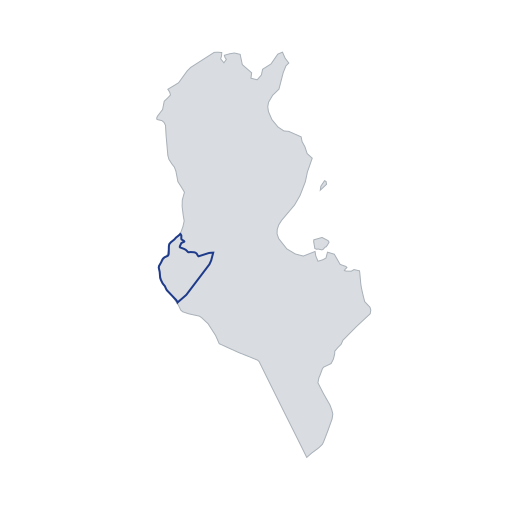 where Tozeur sits in Tunisia, rotated 346°
{"feature_id": "TUN-101", "entity_name": "Tozeur", "entity_type": "Governorate", "adm_level": 1, "iso_a3": "TUN", "parent_name": "Tunisia", "parent_adm1": "", "projection": "mercator", "projection_center": [7.997, 33.974], "detail": "fine", "context": "in_parent", "style": "outline", "palette": "blue", "viewbox_px": 512, "rotation_deg": 346, "n_neighbors": 0, "source": "natural_earth", "source_scale": "10m", "svg_char_len": 3360}
<svg xmlns="http://www.w3.org/2000/svg" viewBox="0 0 512 512"><g transform="rotate(346 256 256)"><path d="M352.8,295.4L352.7,296.9L351.0,307.9L350.6,311.8L350.4,318.5L350.4,326.5L354.2,333.3L354.3,336.3L352.8,339.7L345.7,343.6L336.5,348.7L328.6,353.5L319.9,358.8L317.3,362.2L313.0,364.8L309.4,367.4L308.7,369.9L306.2,374.7L302.9,378.5L294.7,380.2L293.2,381.4L289.4,387.0L287.6,389.3L285.4,394.0L288.2,406.0L291.7,418.4L292.3,423.6L292.3,427.9L290.4,432.5L286.0,439.1L282.8,443.9L276.6,452.7L274.8,454.8L270.5,457.3L262.3,460.7L256.5,463.7L253.6,450.4L251.1,439.1L249.0,429.7L245.3,413.2L242.2,399.1L239.1,385.0L236.3,372.2L233.5,359.2L232.3,357.4L223.8,351.2L216.0,345.6L207.9,339.2L199.1,332.2L197.6,323.4L193.1,310.1L188.3,302.7L186.6,300.7L176.9,295.9L171.4,292.4L169.9,290.3L168.8,284.9L164.8,274.1L160.3,264.2L158.7,257.5L158.4,249.1L159.3,243.0L161.3,240.4L170.7,232.8L175.1,223.7L180.4,220.3L185.1,217.7L188.9,214.7L192.2,209.8L194.8,204.6L195.2,199.0L196.3,190.1L198.0,183.9L202.0,176.8L200.3,171.2L198.2,165.0L198.8,154.3L198.3,150.0L196.6,146.2L194.9,141.2L194.8,137.1L196.5,126.3L197.8,118.0L199.8,107.3L199.1,104.2L197.6,102.0L193.0,99.6L193.0,98.2L194.1,96.6L200.8,91.3L204.4,83.6L207.5,81.9L212.0,79.1L211.9,76.1L210.8,72.9L222.8,69.2L234.2,59.6L238.3,57.2L264.7,48.3L268.2,49.0L272.0,50.3L270.9,53.6L269.4,56.2L271.6,60.8L274.8,58.0L274.0,56.1L273.8,53.6L279.3,53.4L284.1,53.8L289.4,56.5L289.0,67.0L296.1,77.2L294.1,82.3L299.8,85.3L305.0,81.7L307.6,76.4L317.0,73.3L326.0,65.4L331.0,64.6L332.1,71.1L334.5,76.7L331.1,78.7L326.8,84.6L318.6,99.7L311.0,104.1L305.3,109.9L303.5,114.1L303.0,118.9L304.4,127.4L308.5,136.1L313.3,141.4L317.9,143.0L328.6,151.3L328.4,156.2L329.9,162.0L330.4,169.0L334.2,174.7L326.2,186.9L321.9,195.8L313.4,207.9L305.8,215.8L289.6,227.5L285.6,231.3L283.0,235.4L281.8,239.5L282.2,244.5L287.6,256.5L294.7,263.6L301.9,267.5L314.4,265.9L314.0,270.5L314.9,276.1L320.0,275.8L323.4,274.9L326.3,269.6L332.4,273.2L335.6,284.5L340.8,288.0L341.4,289.3L339.6,290.2L338.2,291.5L339.7,292.4L344.7,293.8L347.8,292.9L352.8,295.4ZM326.3,264.0L325.0,264.2L322.7,265.8L321.4,266.0L317.9,264.2L316.6,264.2L314.9,263.0L315.4,256.2L316.0,254.3L324.6,254.0L329.2,258.1L330.0,259.1L330.2,260.3L328.0,262.6L326.3,264.0ZM341.8,203.5L334.3,207.7L335.8,204.0L340.7,199.5L342.0,200.6L341.8,203.5Z" fill="#d9dde1" stroke="#a8b0b8" stroke-width="1"/><path d="M168.7,282.1L168.7,281.9L168.0,279.6L164.3,273.1L161.2,267.7L160.8,266.2L160.3,263.2L158.9,260.4L158.6,259.4L157.9,256.2L157.7,254.0L158.7,248.1L158.8,243.8L159.5,242.2L160.6,241.1L162.5,239.1L163.7,237.5L165.0,236.1L166.9,235.1L170.0,234.6L170.9,234.2L171.5,233.4L171.9,232.5L173.8,225.5L174.7,223.5L176.6,222.1L180.8,220.2L182.8,218.8L187.5,216.7L187.9,216.3L188.1,216.5L188.4,217.6L188.5,218.2L187.7,221.2L187.7,221.7L187.8,222.0L189.5,223.7L189.7,223.9L189.9,224.4L189.9,224.7L189.7,224.8L187.2,225.3L186.9,225.3L186.7,225.4L186.5,225.6L184.8,227.7L184.5,228.1L184.2,228.8L184.3,229.1L184.4,229.3L187.9,231.7L188.8,232.5L189.3,233.0L190.0,234.0L190.6,235.1L191.0,235.7L191.2,235.9L191.4,236.0L191.6,236.1L193.4,236.3L197.1,237.5L197.4,237.7L198.2,238.3L198.8,239.0L199.0,239.3L199.1,239.6L199.3,240.4L199.8,241.8L200.0,242.2L200.2,242.4L210.9,241.7L212.7,241.9L215.3,242.4L211.4,249.5L208.8,252.8L178.9,276.9L169.6,281.6L168.7,282.1Z" fill="none" stroke="#1e3a8a" stroke-width="2"/></g></svg>